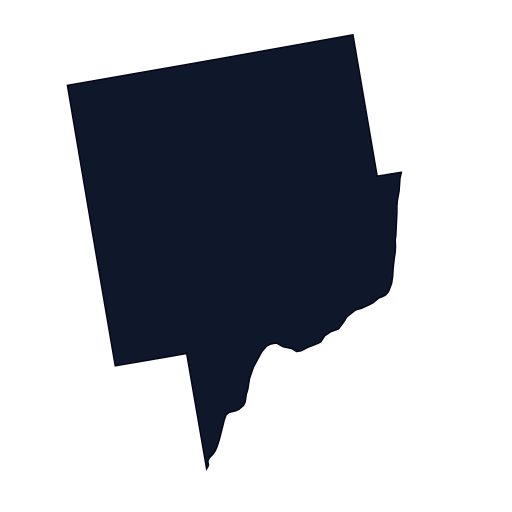 Dubuque, Iowa, United States of America, rotated 80°
{"feature_id": "52423323B18401720745990", "entity_name": "Dubuque", "entity_type": "district", "adm_level": 2, "iso_a3": "USA", "parent_name": "United States of America", "parent_adm1": "Iowa", "projection": "orthographic", "projection_center": [-90.684, 42.485], "detail": "fine", "context": "isolated", "style": "filled", "palette": "ink", "viewbox_px": 512, "rotation_deg": 80, "n_neighbors": 0, "source": "geoboundaries", "source_scale": "gbopen_adm2", "svg_char_len": 1089}
<svg xmlns="http://www.w3.org/2000/svg" viewBox="0 0 512 512"><g transform="rotate(80 256 256)"><path d="M197.3,413.0L339.7,413.7L340.0,341.2L457.0,341.6L456.8,341.4L454.8,339.7L453.1,339.0L450.3,339.1L448.8,338.6L446.8,337.0L443.5,332.6L440.8,330.0L436.7,327.3L430.2,323.9L411.5,315.5L407.2,313.0L405.7,310.4L405.3,309.0L404.9,302.8L403.9,299.2L401.0,294.3L399.3,293.0L397.6,291.9L390.6,289.6L385.6,287.1L375.8,283.8L364.8,277.7L354.7,269.7L351.2,266.9L346.7,261.4L345.3,257.2L345.2,252.6L345.5,250.5L350.0,245.2L353.5,236.6L357.1,232.7L357.2,228.1L354.9,220.7L352.8,210.2L351.8,207.1L346.6,202.3L343.6,195.7L342.1,187.3L335.3,180.2L332.6,178.0L331.2,176.2L327.5,169.4L326.6,167.6L326.1,165.3L325.9,161.5L323.5,152.3L322.3,148.8L318.6,142.2L318.1,138.9L317.0,135.4L314.8,132.5L313.0,131.0L306.3,127.1L299.7,124.9L292.0,123.1L281.9,120.1L276.3,118.2L270.7,116.9L264.9,116.2L259.6,114.6L237.8,109.7L231.0,108.5L225.8,107.1L216.9,103.8L204.5,100.7L198.8,98.3L198.4,122.8L55.0,122.1L55.4,266.7L55.3,340.1L55.2,412.1L197.3,413.0Z" fill="#0f172a" stroke="#020617" stroke-width="1.5"/></g></svg>